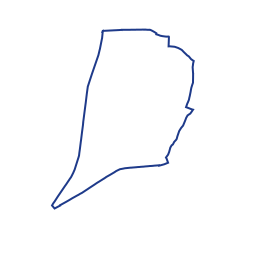 outline of Serrekunda Central, Banjul, Gambia, rotated 199°
{"feature_id": "56634734B31410801409584", "entity_name": "Serrekunda Central", "entity_type": "district", "adm_level": 2, "iso_a3": "GMB", "parent_name": "Gambia", "parent_adm1": "Banjul", "projection": "natural_earth1", "projection_center": [-16.684, 13.431], "detail": "fine", "context": "isolated", "style": "outline", "palette": "blue", "viewbox_px": 256, "rotation_deg": 199, "n_neighbors": 0, "source": "geoboundaries", "source_scale": "gbopen_adm2", "svg_char_len": 2912}
<svg xmlns="http://www.w3.org/2000/svg" viewBox="0 0 256 256"><g transform="rotate(199 128 128)"><path d="M171.2,28.0L166.9,32.6L167.1,32.9L166.9,33.1L162.3,38.2L160.2,40.6L157.7,43.6L154.9,46.7L154.4,47.3L153.8,47.9L153.7,48.0L153.4,48.4L153.1,48.6L152.2,49.8L150.2,51.9L150.0,52.2L147.1,56.0L146.3,57.0L145.8,57.7L145.6,57.9L145.5,58.1L141.0,63.9L140.8,64.2L139.9,65.4L138.9,66.7L138.8,66.8L138.6,67.0L132.9,74.1L132.8,74.4L129.7,77.9L126.8,81.3L126.7,81.4L126.4,81.8L126.3,82.0L125.8,82.5L125.3,83.3L124.2,84.4L122.7,85.9L122.6,86.0L122.4,86.2L122.2,86.4L119.2,88.1L118.7,88.4L118.4,88.6L117.9,88.9L112.3,91.5L112.2,91.5L111.7,91.7L110.4,92.3L109.2,92.8L107.9,93.4L107.6,93.5L106.6,94.0L104.2,95.0L103.4,95.4L101.3,96.3L101.2,96.3L98.9,97.4L96.8,98.3L95.1,99.1L93.1,99.9L91.8,100.5L91.0,100.9L89.6,101.5L87.3,102.5L86.5,102.9L86.3,102.5L81.9,105.5L78.8,108.2L81.6,111.7L82.5,112.4L81.4,115.9L81.4,116.9L81.3,118.5L81.5,122.0L81.6,123.3L81.1,125.8L80.6,126.5L80.2,127.1L79.8,129.9L78.7,132.4L78.4,133.5L78.6,136.1L78.6,138.1L78.6,138.7L78.6,139.7L78.6,141.7L78.5,142.3L78.3,143.1L77.9,144.9L77.7,145.6L76.7,148.2L76.4,152.9L76.3,155.4L76.3,156.5L75.9,158.5L75.8,159.3L75.2,160.0L74.7,160.8L74.5,161.0L73.8,161.9L73.2,163.9L73.1,164.2L73.1,164.3L73.0,164.6L72.5,166.5L73.7,166.4L75.9,166.5L76.0,166.5L78.6,166.6L79.9,166.6L79.9,170.1L79.7,172.3L79.6,174.2L79.6,174.6L79.9,176.9L80.0,178.2L80.6,182.7L80.9,184.4L81.2,186.6L81.3,189.4L81.3,190.5L81.3,191.0L81.3,192.0L82.0,194.1L82.6,196.0L83.9,199.9L84.2,200.7L84.2,200.9L84.3,201.0L84.5,201.4L86.7,206.6L87.2,209.3L87.3,209.4L87.4,210.0L87.7,212.8L89.4,213.2L89.5,213.3L90.7,213.6L93.8,215.5L95.8,216.0L96.8,216.5L97.2,216.7L99.8,217.9L102.5,219.3L102.9,219.4L104.0,219.6L106.6,220.0L109.5,220.0L109.9,220.0L110.3,220.0L112.8,219.4L114.8,218.9L116.2,218.4L117.5,222.7L118.6,226.3L119.0,227.5L119.3,227.7L121.4,226.9L122.7,226.6L124.2,226.3L125.7,226.0L125.9,226.0L126.6,225.9L126.8,225.9L127.2,225.8L128.2,225.8L129.5,225.9L131.8,225.8L132.0,226.8L134.5,227.4L136.8,227.8L138.4,228.0L139.4,228.0L139.9,227.7L140.0,227.7L141.2,227.3L143.1,226.8L143.6,226.6L144.2,226.4L144.2,226.5L150.6,224.2L155.4,222.5L158.7,221.3L162.2,220.1L165.9,218.8L165.9,218.7L166.0,218.7L168.3,217.7L169.8,217.1L183.5,211.6L183.5,211.4L183.4,211.5L181.7,204.3L181.7,203.9L180.4,194.4L180.3,193.9L180.2,192.3L179.7,187.3L179.7,183.5L179.7,179.2L179.7,174.0L179.7,171.0L179.7,167.8L179.7,167.6L179.6,160.5L179.5,155.0L179.5,154.0L179.4,153.6L178.2,147.5L177.5,144.2L176.2,138.2L175.6,135.2L173.9,126.9L172.9,122.1L172.2,118.6L172.0,118.3L172.0,117.9L171.6,116.4L170.1,109.0L168.5,101.5L168.2,99.9L166.7,92.7L166.4,91.2L165.9,88.6L165.3,85.9L165.2,83.7L165.2,83.1L164.9,71.2L165.0,70.2L165.2,67.6L165.7,63.9L165.9,62.7L166.3,61.5L168.2,54.3L168.7,52.7L171.3,43.1L172.1,40.2L173.5,34.5L173.7,33.9L174.2,32.2L174.6,30.0L171.2,28.0Z" fill="none" stroke="#1e3a8a" stroke-width="2"/></g></svg>